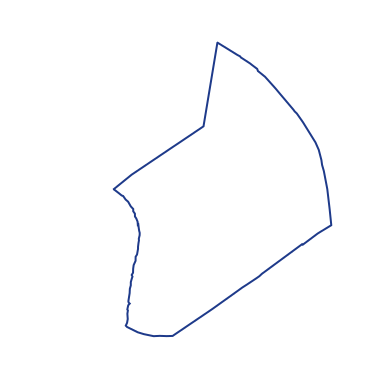 Kiang East, Lower River, Gambia, rotated 235°
{"feature_id": "56634734B11412565261125", "entity_name": "Kiang East", "entity_type": "district", "adm_level": 2, "iso_a3": "GMB", "parent_name": "Gambia", "parent_adm1": "Lower River", "projection": "orthographic", "projection_center": [-15.639, 13.417], "detail": "fine", "context": "isolated", "style": "outline", "palette": "blue", "viewbox_px": 384, "rotation_deg": 235, "n_neighbors": 0, "source": "geoboundaries", "source_scale": "gbopen_adm2", "svg_char_len": 1457}
<svg xmlns="http://www.w3.org/2000/svg" viewBox="0 0 384 384"><g transform="rotate(235 192 192)"><path d="M239.2,129.6L238.9,129.5L237.5,130.0L233.0,131.4L229.5,132.4L228.2,133.3L227.1,133.3L223.9,133.3L220.7,134.1L215.3,133.6L211.8,134.1L209.9,132.8L207.0,132.8L204.6,131.2L202.4,131.2L198.9,130.4L196.2,128.8L196.2,129.4L193.8,128.1L190.6,126.5L188.5,125.7L186.6,124.3L184.2,121.6L182.8,120.8L180.9,118.9L178.0,116.3L176.4,115.2L172.3,111.1L171.3,108.7L168.0,106.3L165.6,102.3L162.9,99.8L159.7,97.4L158.6,95.0L156.8,94.7L155.9,93.4L153.3,90.2L150.6,88.3L148.4,85.6L144.9,82.9L139.0,77.2L137.7,76.7L136.3,77.0L135.8,74.8L133.6,72.4L132.8,71.6L131.8,71.6L129.3,69.2L124.8,66.5L122.1,63.8L120.5,61.1L118.6,61.4L108.2,67.1L103.1,71.1L95.9,77.9L92.7,83.0L88.4,88.7L85.2,93.6L85.2,94.4L85.2,95.5L84.5,140.9L84.5,141.9L84.5,142.5L84.8,172.1L84.9,178.4L84.7,183.1L84.4,195.5L84.4,198.7L84.4,198.9L84.9,202.4L85.7,235.7L86.1,252.3L85.3,252.5L85.9,271.1L85.7,274.8L84.9,287.0L85.0,287.1L98.8,294.8L116.8,304.5L133.5,312.0L139.6,314.1L143.9,316.3L153.8,320.0L161.9,321.6L164.0,321.7L185.5,322.9L196.2,322.9L199.2,322.3L201.0,322.3L221.9,320.4L228.9,319.8L244.7,317.9L245.6,317.6L253.3,315.4L255.4,316.0L261.3,314.1L264.0,313.3L274.2,309.2L275.5,309.2L278.2,307.8L299.6,298.6L299.6,298.3L264.1,263.5L239.2,239.1L239.2,238.7L239.6,216.5L239.7,210.4L239.9,202.2L240.0,196.6L240.8,152.4L239.2,129.7L239.2,129.6Z" fill="none" stroke="#1e3a8a" stroke-width="2"/></g></svg>